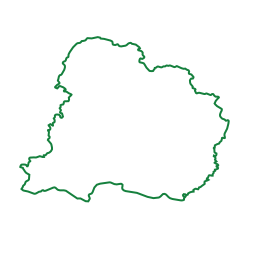 an SVG outline of Chernihiv, rotated 192°
{"feature_id": "UKR-285", "entity_name": "Chernihiv", "entity_type": "Region", "adm_level": 1, "iso_a3": "UKR", "parent_name": "Ukraine", "parent_adm1": "", "projection": "equal_earth", "projection_center": [32.067, 51.356], "detail": "fine", "context": "isolated", "style": "outline", "palette": "green", "viewbox_px": 256, "rotation_deg": 192, "n_neighbors": 0, "source": "natural_earth", "source_scale": "10m", "svg_char_len": 5797}
<svg xmlns="http://www.w3.org/2000/svg" viewBox="0 0 256 256"><g transform="rotate(192 128 128)"><path d="M94.5,64.7L105.8,66.4L117.3,65.8L119.4,66.2L120.9,67.3L121.3,68.6L121.3,70.1L121.6,71.4L122.8,72.0L123.9,71.8L127.3,70.5L129.7,70.3L133.6,71.1L134.8,71.0L143.8,67.7L146.7,66.0L148.5,62.8L149.3,57.9L149.9,56.4L152.1,55.0L152.4,54.1L152.2,53.4L151.0,51.7L150.7,50.8L151.6,48.0L154.2,47.6L159.8,49.2L162.9,48.5L175.7,53.7L177.7,53.7L181.5,52.9L183.4,52.9L184.5,53.3L186.5,54.5L187.7,54.6L188.8,54.1L195.5,49.5L196.7,49.1L197.3,49.1L198.1,49.5L198.7,49.3L199.2,48.9L200.0,47.8L201.8,47.1L204.3,44.9L205.4,44.3L206.3,44.2L212.6,45.1L216.8,45.1L217.9,45.3L219.5,46.2L218.8,47.9L218.5,49.8L217.3,51.3L216.9,54.0L216.3,54.8L214.6,56.2L214.2,57.2L214.8,61.8L218.2,62.9L219.7,64.0L220.9,65.3L221.7,65.9L222.5,67.1L225.2,67.4L225.3,67.9L225.1,68.9L224.7,69.8L224.3,70.1L222.5,70.6L221.0,70.8L219.8,70.6L218.9,69.6L218.3,69.7L218.0,70.5L218.0,73.6L217.5,74.4L216.7,75.1L216.7,75.3L217.1,75.5L218.1,76.9L218.3,77.8L217.6,78.7L213.9,79.7L212.4,79.9L211.5,80.2L208.4,82.1L205.5,81.9L204.2,82.2L204.7,83.2L204.7,83.8L203.0,84.2L201.7,86.6L200.4,87.2L199.6,87.9L198.5,89.4L197.9,91.4L198.3,93.1L199.4,95.6L199.8,96.3L200.3,96.8L203.9,99.6L203.8,100.5L202.8,101.6L202.7,102.5L202.9,103.2L204.1,104.1L204.5,107.7L204.7,108.1L205.6,108.7L205.8,109.2L205.7,109.4L204.2,109.9L204.0,110.2L203.8,110.6L203.9,111.7L204.4,112.6L205.9,113.7L206.2,114.2L204.8,115.6L202.0,114.7L201.9,114.9L202.5,116.5L202.5,117.2L201.9,117.9L201.3,118.2L201.1,118.6L201.1,119.2L201.4,120.5L202.6,122.0L201.9,123.1L201.8,123.5L202.1,125.1L201.6,125.9L200.7,126.3L199.3,126.6L198.0,126.5L197.2,126.0L196.3,124.4L195.4,124.1L194.8,124.3L194.1,125.4L194.0,125.6L194.2,126.0L195.5,128.4L195.8,128.6L197.3,128.7L197.7,129.1L197.7,129.9L197.3,131.5L197.6,131.9L198.9,133.0L198.9,133.3L198.3,134.2L198.3,134.6L198.6,135.7L198.7,136.3L198.1,136.8L196.3,137.6L196.0,138.4L196.1,139.9L195.9,140.5L195.7,140.8L195.3,141.0L192.0,141.8L191.7,142.2L191.6,142.7L191.6,143.8L192.2,145.4L191.8,146.2L190.3,148.4L190.2,148.9L190.5,149.1L193.1,149.7L195.6,150.7L196.4,150.8L198.0,150.5L198.4,150.9L198.4,151.5L197.1,152.4L197.0,152.6L197.1,152.9L197.7,153.4L199.7,154.3L203.1,154.9L203.5,154.8L204.0,154.5L205.3,152.2L205.5,152.0L207.4,152.4L207.7,152.6L207.8,153.0L206.3,155.4L204.4,157.2L204.4,157.8L204.6,158.2L206.4,159.7L206.5,160.1L206.3,161.0L206.3,163.8L206.0,164.9L205.5,165.6L204.4,166.2L204.0,166.9L202.5,171.6L202.4,172.5L202.3,174.1L202.6,175.6L203.4,176.5L205.1,177.5L205.3,177.9L205.3,178.4L205.2,178.9L204.6,179.6L203.6,180.2L203.0,181.1L202.8,183.3L202.5,184.0L201.2,185.0L201.1,185.3L201.4,187.2L201.3,188.2L200.7,190.2L198.5,195.5L196.0,199.4L195.1,200.4L192.7,201.3L192.0,202.1L191.5,203.1L191.3,203.4L189.8,203.9L188.3,204.6L187.6,205.3L186.8,207.0L186.2,207.5L182.1,208.1L176.5,210.6L174.1,210.6L173.8,210.4L173.5,209.9L173.2,209.8L170.0,210.2L163.3,209.9L161.6,209.4L161.1,208.9L160.4,206.9L160.0,206.5L159.2,206.4L157.7,206.5L155.8,207.7L155.4,207.7L155.1,207.6L154.0,206.6L153.3,206.3L151.6,206.4L147.6,208.0L146.6,208.8L145.3,210.6L144.6,211.2L143.3,211.8L142.5,211.7L141.7,211.2L137.7,211.2L133.7,209.3L133.3,208.9L132.9,208.4L134.3,207.2L134.4,206.6L134.0,206.2L131.3,206.1L129.9,205.4L129.3,204.7L129.0,202.8L128.6,202.3L127.0,201.2L126.8,200.8L126.8,200.4L126.9,200.0L128.1,198.7L128.6,198.5L130.1,198.7L130.6,198.3L130.8,197.7L130.9,196.6L130.7,195.4L130.4,194.9L130.0,194.7L127.2,194.7L126.0,194.5L124.9,193.5L122.5,190.9L119.1,188.5L118.5,188.3L117.0,188.5L115.7,188.8L115.2,189.1L114.9,190.3L114.3,191.2L114.3,192.3L113.2,192.8L112.0,194.2L111.3,194.4L108.6,194.2L107.9,194.3L107.3,194.6L106.2,195.6L104.5,196.0L103.6,196.9L103.1,197.2L101.4,197.2L100.3,197.8L99.6,197.9L95.4,197.2L94.8,197.4L93.1,198.7L88.0,197.6L86.6,197.5L85.8,197.5L84.3,198.0L82.8,197.3L80.8,197.0L80.1,196.3L79.9,195.8L80.0,194.7L79.7,193.9L79.3,193.7L77.1,193.5L74.9,191.8L74.5,191.4L74.5,190.7L74.9,189.8L75.8,189.7L76.4,189.5L77.1,188.4L77.3,187.4L76.7,185.4L76.2,184.4L75.8,184.0L73.3,182.0L73.2,180.7L72.9,180.5L70.6,180.2L70.2,180.0L70.0,179.7L70.3,178.5L70.2,178.2L69.7,177.8L69.0,176.6L68.7,176.4L67.9,176.2L66.5,177.0L65.5,177.3L60.4,177.1L59.7,177.3L58.7,178.0L58.2,178.1L54.3,177.4L53.7,177.6L52.9,178.6L52.0,178.9L51.3,178.6L50.5,177.7L49.2,177.0L48.7,176.9L46.8,177.3L46.1,177.3L45.5,176.9L45.6,176.4L46.7,174.8L47.8,172.7L48.4,170.0L47.5,169.2L45.4,167.9L41.3,166.5L40.2,166.0L40.0,165.4L40.0,164.4L40.5,162.7L40.8,160.5L40.5,159.0L39.9,158.2L38.3,157.0L37.6,156.7L35.3,156.4L33.8,155.5L33.2,155.7L32.2,156.3L31.5,156.3L31.2,156.1L30.9,155.6L30.7,153.1L30.9,148.0L32.3,142.7L32.3,142.0L32.1,140.8L31.3,139.1L31.3,138.3L31.9,138.1L33.5,138.1L34.0,137.7L33.9,136.8L34.0,134.8L35.4,133.0L35.6,131.8L37.6,130.6L39.4,129.1L39.1,126.8L39.9,126.5L39.9,126.1L39.1,125.1L38.5,122.8L38.2,122.2L37.4,121.8L36.2,121.5L36.0,120.6L36.1,119.5L36.6,118.9L37.3,118.7L38.2,118.9L38.2,118.2L36.9,117.7L36.3,117.0L36.0,116.0L36.4,115.4L36.1,114.8L34.6,113.7L35.5,113.0L36.0,112.0L35.0,111.6L32.8,111.1L32.0,110.4L32.1,109.8L32.9,109.3L33.4,109.2L33.4,108.7L31.6,107.6L31.6,107.0L33.5,105.6L34.3,105.3L33.9,104.2L35.2,103.0L34.9,101.9L35.6,100.2L35.3,99.0L36.1,98.8L38.1,98.8L38.9,98.5L39.2,97.7L39.5,95.8L40.3,95.2L40.3,94.5L39.7,94.5L38.5,94.0L39.3,93.3L40.7,92.5L41.9,91.6L41.8,90.3L41.4,89.5L41.4,89.2L44.0,86.4L44.8,85.3L46.1,84.7L46.4,83.3L46.6,82.7L47.1,82.6L49.1,82.7L49.6,82.5L51.1,81.1L51.1,80.5L50.8,80.2L50.6,79.4L52.5,78.8L54.2,77.8L55.6,76.5L55.7,75.3L56.8,74.5L57.2,74.4L57.5,74.5L58.0,75.0L59.7,74.9L60.3,73.8L59.6,72.7L57.7,72.5L58.6,70.9L58.3,69.5L59.3,68.7L60.9,68.2L69.8,67.8L72.3,68.1L73.9,68.8L76.9,70.8L78.4,71.2L80.0,70.7L81.0,69.3L82.0,67.7L83.4,66.4L88.5,64.7L94.5,64.7Z" fill="none" stroke="#15803d" stroke-width="2"/></g></svg>